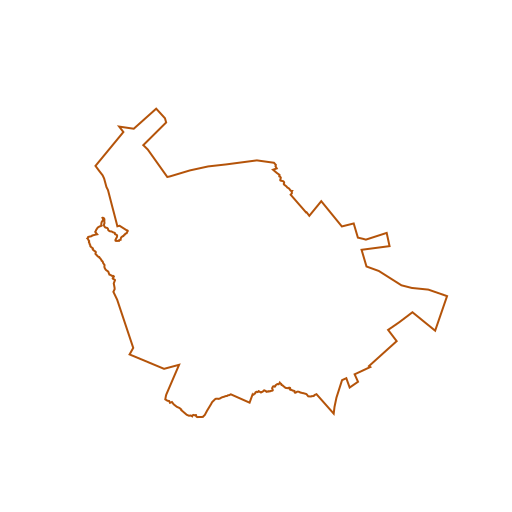 the district of Santa Isabel, Chihuahua, Mexico, rotated 155°
{"feature_id": "50627088B95604835904920", "entity_name": "Santa Isabel", "entity_type": "district", "adm_level": 2, "iso_a3": "MEX", "parent_name": "Mexico", "parent_adm1": "Chihuahua", "projection": "mercator", "projection_center": [-106.302, 28.305], "detail": "fine", "context": "isolated", "style": "outline", "palette": "amber", "viewbox_px": 512, "rotation_deg": 155, "n_neighbors": 0, "source": "geoboundaries", "source_scale": "gbopen_adm2", "svg_char_len": 5991}
<svg xmlns="http://www.w3.org/2000/svg" viewBox="0 0 512 512"><g transform="rotate(155 256 256)"><path d="M99.8,138.9L114.0,152.7L128.3,161.2L136.6,168.0L151.0,190.5L160.3,199.8L157.7,217.0L130.8,208.5L127.8,221.7L149.5,224.4L151.7,226.3L155.9,229.6L153.7,244.2L165.7,246.5L173.7,278.1L190.7,269.9L191.7,274.3L192.2,274.3L198.7,296.9L197.8,297.3L196.9,297.8L196.4,299.3L195.8,299.7L196.8,300.3L196.9,300.6L197.1,300.9L197.2,301.6L197.5,303.1L198.0,303.9L198.7,304.9L199.0,306.2L200.4,308.9L200.4,309.6L200.1,309.9L199.6,310.3L199.4,310.9L199.4,311.4L199.5,311.7L199.7,312.2L201.9,314.0L202.0,314.4L201.7,315.0L201.2,315.4L200.8,316.0L200.4,316.6L200.6,317.7L200.9,317.9L201.2,318.2L201.2,318.6L200.8,318.9L200.4,319.6L202.0,322.4L204.1,327.0L200.2,326.6L200.4,329.2L199.5,330.1L200.3,332.9L214.8,342.3L244.3,351.6L261.5,357.4L279.7,361.5L300.3,364.5L303.0,365.1L309.1,398.3L311.3,404.1L281.0,415.0L280.3,419.3L284.2,431.7L313.0,423.0L325.3,431.1L323.8,424.4L363.4,405.5L362.2,399.6L360.9,393.9L360.9,390.4L362.4,381.7L362.3,378.5L362.4,377.7L365.2,362.6L366.5,355.4L368.4,345.1L369.1,341.5L366.9,341.1L362.5,334.2L362.2,333.9L361.8,333.6L361.6,333.2L361.6,332.9L362.5,332.3L363.3,331.5L363.6,331.3L364.2,331.4L364.9,331.4L365.1,331.2L365.6,331.1L365.7,330.9L365.9,330.9L366.4,330.9L367.2,330.4L367.9,330.1L368.1,330.1L368.4,330.3L369.7,330.0L370.1,329.9L370.3,329.8L370.7,329.5L371.2,328.9L371.4,328.7L371.6,328.3L371.8,328.1L371.9,327.9L372.2,328.0L372.3,328.0L372.5,328.1L372.8,328.1L373.0,328.0L373.4,328.2L373.5,328.2L373.8,328.0L373.9,327.7L374.8,328.1L375.7,328.4L376.0,328.7L376.5,328.9L376.8,329.1L376.8,329.6L376.5,330.1L374.0,332.0L373.3,333.0L373.3,334.0L373.8,334.5L374.3,335.1L374.5,335.3L374.5,335.5L374.2,336.4L374.4,336.8L375.6,337.9L376.1,338.7L376.7,339.4L377.5,339.8L378.2,340.4L378.6,341.1L378.9,341.7L378.9,342.2L378.8,342.6L378.7,343.5L379.1,344.4L380.2,345.2L380.6,345.7L380.8,346.5L380.9,347.3L380.8,348.2L380.2,349.1L379.6,349.6L379.2,350.4L378.9,351.3L378.5,352.2L378.2,352.6L378.0,353.1L377.8,353.8L377.9,354.5L378.5,355.3L378.8,355.5L379.0,355.5L379.0,353.9L379.4,353.4L379.8,353.0L381.5,352.0L382.0,351.4L382.5,350.7L383.0,349.8L383.0,348.8L384.0,348.7L385.2,348.9L387.2,348.7L387.9,348.4L388.4,348.0L389.4,347.5L389.9,347.1L390.4,346.6L391.5,345.8L390.8,342.8L392.4,343.2L394.9,343.6L395.6,343.8L395.8,343.8L396.0,343.6L397.1,343.5L398.5,343.9L399.6,344.1L400.0,344.2L400.8,343.4L401.0,343.3L401.4,343.2L401.1,342.4L401.1,340.8L401.1,340.3L400.9,340.1L401.0,339.8L401.5,339.3L401.6,339.1L401.7,338.8L401.5,338.1L401.5,337.6L401.7,337.2L401.8,336.7L401.6,335.8L401.7,335.5L402.0,335.0L402.0,334.7L401.6,333.7L400.6,331.8L400.7,331.6L400.9,331.4L401.1,331.1L401.2,330.9L401.0,330.3L400.7,329.9L400.4,329.0L399.7,328.1L399.6,327.5L399.5,327.2L399.7,326.9L400.4,326.2L400.6,325.7L400.4,325.0L399.9,323.9L399.7,322.8L398.9,321.5L398.5,321.3L398.5,321.2L398.6,320.5L398.2,319.8L397.9,318.2L397.8,317.4L397.9,317.1L397.9,316.8L397.5,316.4L397.4,316.0L397.3,315.5L397.5,314.6L397.5,314.1L397.1,311.8L397.9,310.5L398.1,309.8L398.2,309.3L398.1,308.3L398.1,307.5L397.8,306.6L397.5,306.0L396.8,304.9L396.6,304.4L396.5,303.9L396.7,302.3L396.7,301.0L396.1,300.6L395.7,300.1L395.1,299.0L394.6,298.7L393.8,298.3L393.5,297.8L393.5,297.4L395.3,296.4L395.3,295.9L395.0,295.4L394.3,294.6L394.0,294.1L394.0,293.7L396.5,291.3L396.9,289.7L397.6,287.0L398.1,285.7L400.4,283.8L400.3,275.1L406.1,224.6L412.2,220.2L387.0,192.6L371.7,189.9L395.9,168.3L396.9,167.1L398.8,164.4L397.4,162.2L396.0,161.3L396.0,159.3L393.9,159.2L393.3,156.4L391.5,152.8L389.6,150.6L388.6,148.5L388.9,148.0L385.9,141.4L384.2,139.5L382.9,139.2L382.5,138.7L382.1,138.4L381.6,137.7L381.0,138.4L379.9,138.4L379.6,138.0L379.1,137.8L378.8,137.5L378.6,137.5L378.1,137.4L377.6,137.2L377.6,136.9L377.9,136.2L377.9,135.9L377.6,135.2L377.4,134.9L372.2,132.6L370.9,133.2L370.5,133.2L369.4,133.7L365.7,136.5L359.1,140.9L357.7,142.0L356.2,142.6L355.2,142.9L354.0,143.4L352.9,143.6L352.2,143.4L350.7,142.7L350.3,142.3L349.7,142.2L348.9,142.1L347.0,142.3L345.9,142.2L344.2,141.9L343.0,141.9L341.3,141.4L340.2,141.6L339.4,141.3L338.9,141.2L338.4,141.2L338.0,141.3L337.3,141.3L323.8,125.8L318.0,131.6L318.0,131.4L317.9,131.4L316.7,131.4L315.6,131.9L315.3,131.9L315.0,131.8L314.8,131.8L314.1,132.6L313.7,132.7L312.8,132.7L312.5,132.5L312.1,132.0L311.3,132.0L310.7,132.4L310.4,132.1L310.2,131.5L309.6,130.9L309.2,130.2L308.5,130.4L307.8,130.2L307.5,130.2L306.0,130.6L305.7,130.8L305.4,130.8L305.2,130.7L304.6,129.8L304.3,129.7L304.2,129.5L304.1,128.9L303.8,128.4L303.6,128.3L303.1,128.5L302.8,128.4L302.1,127.9L301.5,128.1L301.3,128.0L301.2,127.8L300.7,127.4L299.8,127.5L299.1,127.3L298.5,127.1L297.8,127.1L297.5,127.3L297.3,128.3L297.3,129.1L297.3,129.3L296.9,129.7L295.8,130.5L295.4,130.6L295.1,130.5L294.7,130.2L294.4,129.8L294.2,129.6L293.6,129.8L293.3,130.3L293.2,130.4L292.3,130.7L291.3,130.8L291.0,130.9L290.7,130.9L290.2,130.6L289.9,130.3L289.7,130.2L288.6,130.6L288.4,130.8L288.3,131.0L288.0,131.2L287.9,130.6L287.5,129.7L287.3,129.6L287.2,129.3L287.3,128.8L287.4,128.6L287.4,128.4L287.3,128.2L287.0,128.1L286.6,127.6L286.4,127.1L286.2,126.5L285.4,125.0L285.1,124.2L284.6,123.7L283.9,123.3L283.1,122.8L282.7,122.8L281.9,122.7L281.5,122.6L281.1,122.3L280.9,122.0L281.0,121.8L281.8,122.0L281.9,121.9L281.7,121.3L281.1,120.5L281.1,120.4L281.3,120.2L281.0,119.9L280.5,119.8L280.1,119.3L279.9,118.8L279.8,118.6L278.9,118.1L278.2,117.4L278.6,116.1L278.4,115.6L278.2,115.5L277.7,115.4L277.5,115.5L277.2,115.5L276.5,115.6L276.0,115.6L275.4,115.4L274.9,115.1L274.3,114.6L273.7,113.9L273.6,113.5L273.0,113.2L271.8,112.1L271.2,111.8L268.8,109.7L268.5,109.1L268.1,107.2L267.9,106.7L267.2,106.3L265.5,105.4L265.0,105.5L262.9,104.7L262.6,104.8L261.7,105.3L261.4,105.3L260.9,105.2L259.6,105.2L252.2,80.3L248.6,86.1L242.9,93.7L230.5,107.1L225.8,107.1L226.7,97.2L216.7,98.9L216.6,107.1L199.4,107.1L200.1,108.5L164.5,119.4L167.5,133.2L154.3,135.4L138.0,138.9L125.2,112.6L99.8,138.9Z" fill="none" stroke="#b45309" stroke-width="2"/></g></svg>